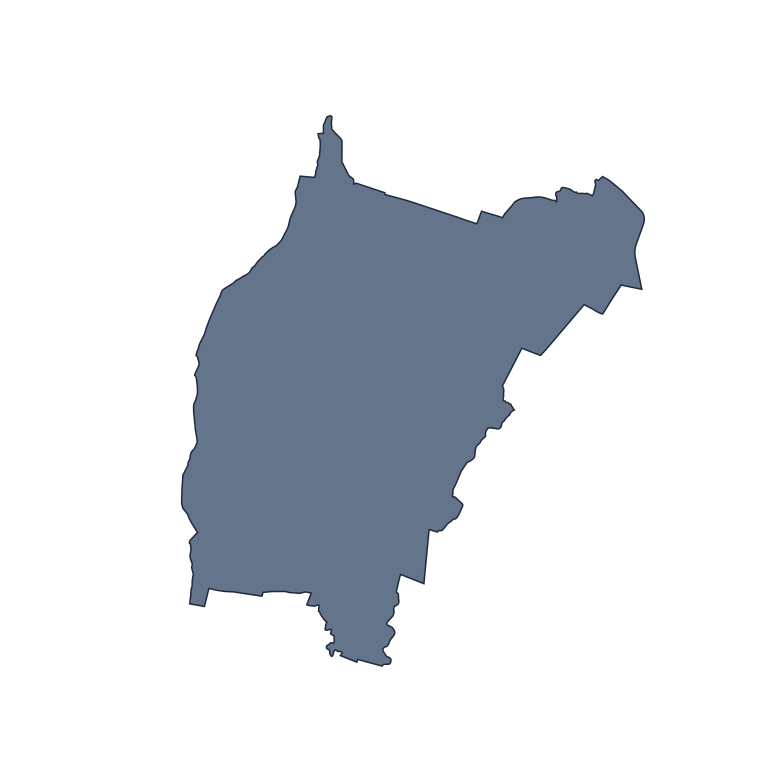 the district of Batar, Bihor, Romania, rotated 117°
{"feature_id": "2599482B9759777687605", "entity_name": "Batar", "entity_type": "district", "adm_level": 2, "iso_a3": "ROU", "parent_name": "Romania", "parent_adm1": "Bihor", "projection": "robinson", "projection_center": [21.802, 46.711], "detail": "fine", "context": "isolated", "style": "filled", "palette": "slate", "viewbox_px": 768, "rotation_deg": 117, "n_neighbors": 0, "source": "geoboundaries", "source_scale": "gbopen_adm2", "svg_char_len": 6170}
<svg xmlns="http://www.w3.org/2000/svg" viewBox="0 0 768 768"><g transform="rotate(117 384 384)"><path d="M190.9,556.4L191.5,556.0L193.8,554.2L194.6,553.3L195.6,551.7L200.7,548.9L209.4,545.3L210.5,545.0L214.6,544.6L216.1,544.4L219.0,542.4L224.4,541.5L229.4,540.0L231.4,539.7L231.7,540.3L236.9,553.1L245.6,551.0L248.7,550.5L251.4,550.6L253.1,550.4L261.8,544.9L265.5,543.8L269.8,543.4L276.5,543.1L279.1,542.8L286.4,541.0L288.8,540.6L291.1,540.5L294.1,540.7L299.8,540.6L302.6,540.8L305.3,541.4L310.1,543.0L313.0,545.1L316.6,547.0L321.0,548.7L324.6,549.3L326.0,550.2L333.2,552.3L337.5,552.8L340.5,554.3L344.9,554.4L346.2,554.7L350.2,556.9L351.7,558.3L354.4,559.7L358.6,562.6L360.4,563.4L361.8,563.6L371.0,569.2L373.7,570.5L375.1,570.7L376.7,570.5L379.0,570.1L388.4,569.9L404.4,568.9L414.0,567.9L419.1,566.9L421.4,566.6L430.0,566.6L432.4,566.4L433.8,566.2L436.9,565.4L439.6,565.4L443.4,564.7L443.8,564.5L444.5,562.5L445.0,561.9L445.8,561.5L448.5,558.9L450.2,557.7L451.7,557.4L460.5,557.0L462.0,556.8L462.9,554.8L463.4,554.3L470.7,549.3L475.9,546.5L478.9,545.5L483.5,544.5L488.2,544.3L490.2,543.6L494.8,541.2L509.9,531.6L516.8,526.5L520.1,524.3L521.3,523.9L527.0,523.6L527.5,523.6L531.3,524.6L533.6,524.7L537.3,523.6L538.9,522.8L542.5,523.0L545.6,521.8L556.4,521.8L569.5,516.2L580.7,510.9L582.1,510.2L586.1,506.8L589.0,500.2L592.4,496.3L594.5,493.4L601.1,482.7L604.3,483.8L606.7,484.4L610.9,485.7L611.8,485.7L614.0,485.4L614.4,483.9L616.3,482.7L617.3,481.8L620.1,480.4L624.3,479.2L625.7,478.6L628.0,476.7L631.1,473.4L632.2,472.8L634.7,472.2L636.5,470.7L639.5,467.9L640.2,467.5L646.1,465.7L651.1,463.3L652.0,463.0L654.3,462.7L659.7,460.4L668.1,457.3L663.7,443.0L645.6,447.2L645.3,445.7L643.4,438.3L642.5,435.8L641.1,431.7L637.4,423.3L628.5,396.5L628.2,396.4L624.7,397.3L619.7,389.5L614.1,378.6L613.4,376.8L613.0,374.5L612.5,372.8L610.9,369.5L610.6,368.5L608.6,363.7L605.6,360.5L604.7,359.0L603.3,353.9L615.8,352.6L615.3,349.9L613.5,345.2L613.0,344.4L611.5,343.4L610.9,342.9L611.1,342.1L610.7,341.4L613.6,340.3L614.8,339.7L616.1,339.3L616.1,338.3L617.7,336.4L619.0,334.4L620.6,331.4L621.6,329.1L622.1,326.8L622.9,327.0L625.1,326.5L629.7,324.9L629.7,323.7L628.4,322.0L627.3,320.9L626.7,320.5L626.6,319.5L626.8,319.3L629.9,318.6L630.9,318.0L631.0,315.8L631.3,313.9L633.4,312.9L636.0,311.5L637.4,311.3L638.0,311.6L638.4,313.7L638.7,314.0L641.4,315.0L642.6,315.9L643.1,316.1L644.5,316.0L645.6,315.1L645.8,314.3L645.9,313.7L645.6,312.6L645.8,312.2L647.2,310.8L648.6,309.9L649.6,309.0L650.4,307.7L650.5,307.0L649.7,306.5L649.1,306.4L644.7,307.2L643.1,306.8L642.9,306.3L643.2,304.4L643.1,303.4L642.2,301.7L642.0,300.2L642.2,299.7L643.2,299.3L644.5,299.3L645.8,299.6L644.2,282.0L641.4,282.4L636.2,257.6L634.6,257.3L633.9,256.9L633.5,256.3L631.9,253.1L631.2,252.3L630.5,251.9L629.9,251.7L629.1,251.7L627.2,252.2L626.6,252.5L625.9,253.2L625.5,254.1L625.3,256.0L625.7,256.8L625.7,257.3L625.4,258.2L623.2,262.1L622.4,263.4L621.5,264.3L620.4,264.6L619.2,264.5L617.9,263.8L616.6,262.5L615.6,262.0L613.3,261.8L610.2,262.2L608.9,262.1L607.6,262.0L604.9,261.3L603.3,261.1L601.7,261.2L600.7,261.5L599.1,262.7L598.5,263.6L597.2,266.1L597.0,269.3L597.2,270.2L597.1,271.8L596.8,272.5L594.9,273.0L586.4,270.7L583.2,271.3L579.9,273.3L578.4,273.8L577.5,273.6L574.3,271.7L573.2,271.5L572.3,271.5L570.2,272.5L569.0,273.4L566.0,275.0L564.5,276.0L563.7,278.7L549.0,282.3L546.2,282.7L543.8,257.8L493.3,277.7L492.8,275.9L492.7,274.2L491.9,270.8L491.6,269.0L489.9,269.0L489.5,268.3L488.9,266.8L488.2,265.8L485.8,265.1L482.2,264.3L481.6,264.1L480.2,264.2L475.9,261.9L473.7,261.2L473.2,260.9L471.9,259.3L469.7,258.2L468.2,258.3L467.1,258.1L465.7,258.1L458.4,258.4L457.0,258.5L456.2,258.8L455.5,259.3L455.2,259.8L454.7,261.8L454.3,262.7L453.3,266.8L452.7,268.2L452.6,270.2L453.3,271.1L453.1,271.9L452.3,272.3L450.5,272.7L449.5,273.5L446.4,274.7L444.9,274.5L440.4,274.6L426.7,275.6L416.4,274.4L415.7,274.1L414.8,273.2L414.0,272.6L411.4,271.1L409.3,270.3L408.6,270.2L407.2,270.4L401.2,272.7L398.2,273.4L397.6,273.4L395.5,272.6L394.4,272.4L393.1,271.8L389.8,271.7L384.7,269.8L384.3,269.9L382.3,271.0L380.6,271.6L379.1,271.7L376.3,271.4L375.8,271.0L375.5,270.2L374.3,269.0L374.1,268.7L374.3,267.9L374.3,267.3L373.4,266.0L372.8,263.3L372.1,261.8L371.4,261.1L370.6,260.6L369.3,260.3L368.7,260.3L365.7,261.0L365.0,261.1L364.3,261.1L362.9,260.3L360.0,259.9L356.9,259.2L354.9,258.1L354.3,258.1L353.2,258.5L352.4,258.1L351.0,257.9L348.6,256.6L348.0,256.0L347.2,257.9L346.3,258.8L346.1,259.9L344.5,261.8L344.5,262.4L344.9,263.8L344.3,265.0L344.3,265.4L344.4,265.8L344.9,266.4L345.0,266.7L344.9,267.2L344.2,268.1L344.2,268.5L344.6,269.5L344.6,269.9L344.5,270.3L343.9,270.9L340.5,271.9L339.5,272.4L338.3,273.2L336.2,273.9L335.1,274.5L333.7,275.5L332.5,277.0L331.9,277.6L289.6,277.4L287.6,258.2L287.2,257.4L279.8,255.3L222.5,241.7L222.5,232.2L222.9,226.9L222.8,223.0L222.6,221.8L222.3,220.9L203.5,219.3L188.6,217.6L188.4,217.7L187.9,217.6L187.9,216.8L187.4,214.8L182.6,197.3L156.2,218.3L152.9,220.3L148.8,221.9L146.9,222.4L122.5,225.6L119.8,226.5L117.1,228.0L115.3,229.6L113.8,231.5L113.4,232.4L104.0,259.3L100.4,275.2L99.9,283.4L105.1,285.3L105.4,285.9L105.4,287.7L105.7,288.0L106.0,288.2L107.4,288.2L108.3,287.8L109.6,286.4L110.4,285.9L117.3,284.2L119.4,283.8L121.5,283.6L122.1,290.2L123.0,291.0L123.5,292.0L123.9,293.4L124.7,295.1L125.4,296.0L125.9,297.1L126.1,298.9L125.6,299.5L126.5,300.8L126.6,301.8L126.0,307.0L127.2,312.5L127.9,314.2L128.2,314.6L129.1,314.9L132.0,314.8L133.0,315.5L134.0,316.9L134.5,317.3L135.3,317.6L136.0,317.5L136.7,317.3L137.7,316.7L138.4,315.8L139.8,314.6L143.2,312.9L143.4,313.4L142.9,315.4L143.6,316.5L144.1,318.6L145.1,325.0L145.6,327.1L146.6,330.0L148.6,333.8L150.3,336.0L154.8,343.5L156.7,346.0L158.9,347.9L161.8,349.8L162.8,350.3L167.0,351.0L177.6,353.7L182.0,353.9L182.6,358.0L184.0,365.3L185.8,375.5L199.1,374.0L200.8,384.6L202.2,395.3L208.9,439.8L210.2,447.4L214.7,469.1L213.2,470.0L217.7,499.9L219.5,501.6L215.8,503.9L215.3,504.5L214.2,509.9L213.6,510.9L206.1,521.1L205.2,522.2L204.7,522.6L187.0,531.5L186.0,532.3L185.0,534.0L180.9,546.0L175.5,549.3L169.5,551.8L169.3,553.6L171.8,556.1L181.0,555.4L188.1,551.8L190.9,556.4Z" fill="#64748b" stroke="#1e293b" stroke-width="1.5"/></g></svg>